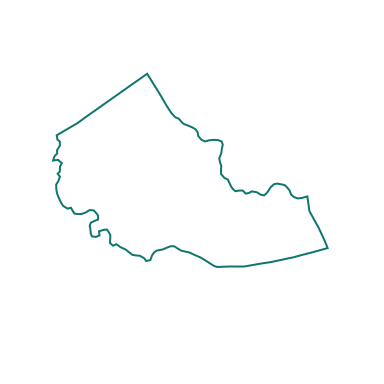 Indiaroba, Sergipe, Brazil (orthographic projection), rotated 27°
{"feature_id": "56859067B75422103596121", "entity_name": "Indiaroba", "entity_type": "district", "adm_level": 2, "iso_a3": "BRA", "parent_name": "Brazil", "parent_adm1": "Sergipe", "projection": "orthographic", "projection_center": [-37.529, -11.47], "detail": "fine", "context": "isolated", "style": "outline", "palette": "teal", "viewbox_px": 384, "rotation_deg": 27, "n_neighbors": 0, "source": "geoboundaries", "source_scale": "gbopen_adm2", "svg_char_len": 1957}
<svg xmlns="http://www.w3.org/2000/svg" viewBox="0 0 384 384"><g transform="rotate(27 192 192)"><path d="M68.0,243.2L67.6,247.1L69.8,251.0L72.0,254.1L75.2,257.1L77.5,258.9L79.9,260.8L83.5,262.9L88.7,263.3L91.3,261.0L93.8,262.7L96.9,264.6L100.7,263.3L103.5,261.8L106.5,258.6L109.0,254.6L112.9,253.0L115.8,254.1L119.0,255.6L120.8,259.2L118.1,262.2L115.8,265.3L116.2,268.5L118.5,271.5L120.6,274.9L123.0,277.0L126.8,275.6L129.3,272.7L127.0,269.2L130.6,265.7L133.2,264.1L136.0,265.5L138.8,267.5L140.3,270.6L142.1,274.7L146.0,275.7L148.3,272.8L153.1,273.6L159.1,273.4L163.8,274.4L167.5,275.0L170.6,274.1L174.3,272.5L179.3,272.7L182.6,274.3L185.8,271.5L185.2,266.9L185.6,263.1L187.0,260.4L189.4,258.5L192.3,256.2L194.7,253.2L197.4,250.2L200.8,248.4L205.1,248.9L209.3,249.1L212.2,248.4L216.8,247.1L223.0,246.9L228.5,246.5L235.0,246.9L242.1,247.6L245.7,247.9L248.8,247.2L253.6,244.5L260.1,240.9L272.2,234.8L286.3,224.2L294.3,218.5L303.0,211.4L312.2,204.0L317.3,199.3L327.5,190.3L338.3,180.4L333.1,175.8L321.5,166.7L305.3,155.7L302.7,152.0L296.8,143.6L292.6,147.4L289.2,149.7L285.2,150.2L281.5,149.4L278.3,146.4L275.1,144.9L271.6,143.8L268.1,144.6L263.9,145.9L261.5,147.9L259.9,152.1L259.2,158.5L257.8,162.3L254.4,163.2L249.9,162.8L245.0,164.3L243.2,166.9L240.8,169.0L236.4,167.7L233.2,169.4L230.3,171.6L227.5,170.9L224.5,169.5L221.3,167.0L218.3,164.6L214.6,164.8L209.7,162.8L207.7,158.8L206.3,155.6L203.7,153.0L201.0,149.8L200.5,144.2L198.9,139.7L197.9,135.8L195.4,133.5L191.8,133.9L187.8,135.6L183.3,138.5L180.8,141.0L176.9,141.2L172.3,139.4L169.8,136.2L166.8,134.6L163.0,134.3L158.3,134.6L153.5,135.1L149.8,133.9L147.1,132.7L143.1,133.0L137.3,130.8L131.5,127.4L128.6,125.7L122.3,121.5L98.4,107.0L89.6,123.5L65.1,170.1L63.4,173.3L58.7,182.6L45.7,202.9L48.3,206.4L51.3,207.0L53.2,210.6L52.8,216.1L54.4,218.8L53.3,222.4L53.9,227.0L58.1,224.2L62.9,225.4L62.9,229.3L65.0,233.9L64.0,236.7L67.4,238.3L68.0,243.2Z" fill="none" stroke="#0f766e" stroke-width="2"/></g></svg>